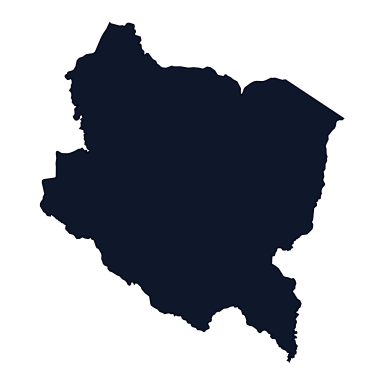 the district of Gorongosa, Sofala, Mozambique
{"feature_id": "85939544B94652077383293", "entity_name": "Gorongosa", "entity_type": "district", "adm_level": 2, "iso_a3": "MOZ", "parent_name": "Mozambique", "parent_adm1": "Sofala", "projection": "orthographic", "projection_center": [34.322, -18.644], "detail": "fine", "context": "isolated", "style": "filled", "palette": "ink", "viewbox_px": 384, "rotation_deg": 0, "n_neighbors": 0, "source": "geoboundaries", "source_scale": "gbopen_adm2", "svg_char_len": 5889}
<svg xmlns="http://www.w3.org/2000/svg" viewBox="0 0 384 384"><path d="M343.4,118.5L285.3,80.0L282.4,80.6L274.8,78.3L273.0,78.7L271.1,78.4L266.2,80.8L263.0,81.8L256.5,81.6L254.2,82.0L251.3,83.4L245.4,87.7L244.6,88.7L243.0,93.3L242.2,94.5L241.3,94.9L240.1,93.7L240.2,88.4L236.8,81.9L232.9,79.9L230.3,77.7L227.2,76.3L226.1,75.1L225.2,75.1L224.3,76.3L223.3,76.8L218.0,75.6L217.0,74.8L214.5,70.9L210.3,67.9L207.1,67.3L203.4,69.3L202.6,69.3L198.7,68.4L193.4,67.9L188.4,68.4L180.4,67.0L173.8,67.1L171.9,66.4L166.1,68.5L162.3,68.1L160.3,67.1L159.0,65.7L156.6,64.0L155.6,61.3L152.5,59.7L148.1,53.8L146.7,53.6L144.8,55.5L143.6,55.0L143.6,51.4L141.7,49.6L141.1,48.3L140.9,45.1L140.2,44.3L138.9,44.6L138.6,44.0L139.1,42.4L140.7,40.2L140.1,37.2L134.9,35.4L134.3,34.8L134.3,33.7L135.3,31.7L135.0,30.4L133.4,29.3L134.1,26.6L133.7,24.8L129.7,23.5L127.9,23.5L126.9,23.9L125.1,26.5L123.5,26.4L122.2,25.9L119.7,26.3L110.5,23.9L109.8,23.0L106.9,29.2L103.5,34.2L101.3,38.4L95.6,51.9L93.4,53.8L86.3,54.9L83.2,57.2L79.3,58.6L77.4,60.7L76.1,66.7L74.1,70.1L72.2,71.2L68.6,72.2L67.8,73.0L67.6,74.3L66.2,74.9L65.3,75.9L65.7,77.2L67.6,79.3L69.1,79.1L70.5,78.2L71.2,78.5L72.2,79.9L72.6,83.2L71.5,85.2L71.7,87.5L69.9,90.4L71.8,92.6L72.1,95.7L71.6,98.0L72.7,99.7L72.5,102.2L74.8,105.1L75.6,105.3L77.5,105.0L78.0,105.6L76.7,106.7L75.8,108.6L74.9,109.1L75.4,113.5L74.7,115.3L73.6,116.4L73.7,117.3L75.3,119.6L76.8,120.0L79.0,118.5L79.5,115.6L81.3,114.3L82.1,114.8L83.1,117.2L82.6,118.2L81.1,119.5L82.6,121.2L81.2,122.6L81.5,126.4L80.0,128.5L84.0,129.5L84.3,132.5L86.2,133.7L84.2,135.0L84.8,137.7L84.3,138.8L85.6,141.0L85.1,144.3L86.7,145.4L87.2,147.7L88.0,148.8L90.0,150.1L90.1,151.2L88.0,152.4L87.9,152.9L86.9,152.9L86.4,152.2L86.6,151.2L86.3,150.6L84.4,151.1L82.1,148.4L79.5,150.2L78.9,149.4L74.1,152.0L70.4,153.4L67.7,154.0L62.4,153.9L60.6,153.3L57.7,151.5L56.7,151.9L56.5,153.5L57.0,158.3L56.3,163.3L56.6,166.9L56.5,176.7L55.7,177.9L54.6,178.3L44.0,179.8L42.7,180.6L42.5,182.7L45.0,193.8L43.4,197.4L43.5,199.3L41.7,201.6L40.7,203.6L40.6,205.9L43.9,211.6L45.7,212.6L47.5,215.3L50.2,215.8L50.4,214.5L51.8,214.3L54.9,216.7L56.8,218.7L58.2,219.1L59.0,220.4L60.3,220.9L61.9,222.4L63.4,222.7L64.3,223.7L66.5,224.9L66.8,225.7L66.2,226.5L65.9,228.5L66.4,229.7L67.4,230.3L69.8,233.2L72.5,233.8L74.3,234.7L76.9,238.3L79.7,238.2L82.2,236.5L85.4,237.9L87.8,238.3L88.8,238.3L89.6,237.3L90.3,237.0L90.9,237.2L92.0,238.9L94.3,239.8L96.6,246.8L97.3,247.7L98.8,248.2L101.8,253.3L102.2,255.3L102.0,259.2L103.2,261.8L103.5,263.4L104.6,264.7L108.2,266.3L108.4,267.1L108.1,268.0L108.7,269.4L110.3,270.9L112.3,271.5L117.6,274.9L119.6,275.4L122.7,278.6L125.5,280.1L127.4,282.3L128.2,284.2L129.4,285.0L130.4,284.3L130.5,282.3L131.5,281.7L132.9,281.8L133.8,282.5L134.3,283.9L136.0,282.1L136.9,283.0L137.8,283.2L141.4,286.7L142.2,288.9L145.2,292.5L149.8,296.0L151.1,304.0L151.6,305.1L153.8,306.7L157.9,308.9L160.0,311.3L162.9,312.3L164.8,313.5L168.0,312.6L169.6,312.7L170.8,313.5L173.2,313.2L173.9,313.6L174.6,315.5L175.8,314.6L177.9,315.6L181.0,315.5L181.9,316.3L182.3,317.9L183.6,319.2L186.1,319.8L187.1,320.8L187.6,322.3L188.5,322.9L190.6,323.1L191.5,324.1L191.7,325.5L193.2,326.6L196.3,327.3L197.6,329.4L201.4,329.8L203.9,331.4L204.6,331.1L205.4,329.9L208.8,328.2L208.8,326.7L207.2,323.8L208.8,321.8L210.7,321.2L211.2,320.0L210.9,318.0L212.0,315.6L212.5,314.9L214.7,313.7L215.3,312.2L217.9,311.0L219.3,311.2L223.5,308.0L227.2,307.6L230.2,306.1L232.9,305.6L233.5,304.9L235.0,307.0L237.7,306.3L238.4,306.9L239.0,308.3L240.7,309.2L241.8,310.4L242.8,313.9L244.7,314.8L245.6,315.9L247.0,320.2L246.8,322.6L247.5,324.1L249.8,325.2L252.6,325.7L256.8,328.7L257.8,330.1L258.4,331.6L259.6,332.4L260.4,332.4L262.6,330.2L265.2,329.7L266.8,330.7L268.7,333.0L270.2,333.5L271.9,335.1L271.0,335.8L270.8,336.5L272.1,338.0L272.7,338.4L274.0,338.1L276.1,338.9L277.6,343.3L279.0,344.6L279.2,346.1L279.9,346.6L281.2,346.5L281.9,348.0L282.6,347.6L283.1,348.9L285.2,349.6L287.0,351.1L287.5,352.1L289.4,352.3L289.8,353.1L289.4,353.9L289.6,354.4L288.7,354.9L288.7,356.0L288.0,356.8L289.0,358.4L287.6,360.4L288.4,360.7L289.2,359.9L289.4,361.0L290.3,359.2L290.6,357.2L291.8,357.1L292.3,357.6L293.9,357.0L293.8,354.7L295.0,353.6L295.6,353.7L296.0,352.2L295.8,351.4L294.8,350.4L296.4,348.9L296.2,347.7L297.1,346.0L295.3,344.2L294.8,340.9L293.5,339.7L294.7,337.4L296.0,337.8L296.3,337.4L295.5,336.5L293.7,335.8L293.1,334.7L294.7,333.3L296.4,333.2L296.7,332.5L296.2,331.8L295.0,332.3L293.4,329.6L295.1,327.4L294.9,326.8L295.3,326.1L294.9,325.3L296.2,322.4L296.0,320.9L294.5,318.9L295.8,317.8L295.8,316.4L296.4,316.7L298.2,314.6L297.6,314.0L296.8,314.2L296.4,313.5L295.7,313.5L295.0,312.6L295.3,311.7L295.6,312.0L296.5,310.8L297.4,310.5L297.4,309.6L297.8,309.3L297.6,308.1L298.3,308.2L298.4,307.6L299.8,307.0L300.8,303.7L299.6,300.9L297.0,299.2L293.3,293.2L292.1,292.1L292.9,290.0L294.7,288.1L294.6,286.1L295.6,283.6L294.8,280.5L293.4,278.8L291.1,279.3L288.4,278.1L285.1,277.5L283.3,276.8L278.2,268.8L275.1,266.3L271.3,264.1L271.7,256.0L274.2,255.3L275.1,252.2L276.2,250.8L276.6,248.9L277.3,247.9L278.3,247.4L281.1,247.6L282.0,248.2L282.9,249.7L285.3,249.8L286.9,249.3L287.9,250.3L289.2,249.6L290.0,249.7L290.9,248.2L292.3,247.4L290.9,245.1L291.4,244.4L291.4,243.5L292.5,243.7L292.9,243.4L293.1,240.9L295.2,240.0L296.0,238.5L297.2,238.4L297.6,237.4L298.6,237.5L300.4,235.3L301.8,234.4L306.9,233.7L311.8,228.9L312.4,226.6L312.5,224.4L311.2,222.1L312.4,219.6L313.5,207.9L316.2,205.6L316.3,204.0L315.3,201.7L317.4,200.8L317.3,199.3L317.7,198.7L319.1,198.7L320.1,198.1L320.2,195.6L321.2,193.5L320.8,191.3L321.0,189.8L322.1,187.1L323.8,185.5L324.4,184.1L322.4,180.0L323.6,176.6L322.9,171.5L324.8,168.8L324.8,163.9L326.4,160.9L326.3,158.2L326.8,156.7L325.9,153.9L325.8,148.8L325.0,146.4L325.7,143.9L327.9,139.4L327.6,135.5L332.1,129.9L334.2,128.0L335.1,126.0L335.7,122.2L336.7,120.5L339.2,119.5L342.3,119.5L343.4,118.5Z" fill="#0f172a" stroke="#020617" stroke-width="1.5"/></svg>